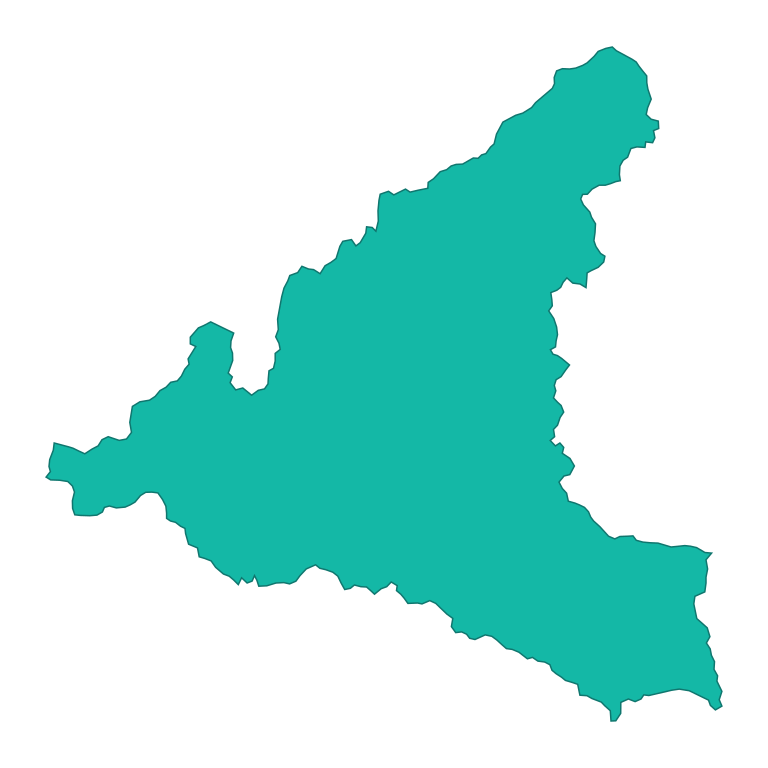 the district of Doutor Ulysses, Paraná, Brazil
{"feature_id": "56859067B94205410976610", "entity_name": "Doutor Ulysses", "entity_type": "district", "adm_level": 2, "iso_a3": "BRA", "parent_name": "Brazil", "parent_adm1": "Paraná", "projection": "robinson", "projection_center": [-49.391, -24.607], "detail": "fine", "context": "isolated", "style": "filled", "palette": "teal", "viewbox_px": 768, "rotation_deg": 0, "n_neighbors": 0, "source": "geoboundaries", "source_scale": "gbopen_adm2", "svg_char_len": 4766}
<svg xmlns="http://www.w3.org/2000/svg" viewBox="0 0 768 768"><path d="M646.7,75.9L642.8,71.1L638.9,66.1L636.2,62.0L632.3,59.4L616.3,50.7L612.3,47.0L605.8,48.4L598.2,51.4L594.1,56.4L587.1,62.9L582.7,65.4L575.7,68.1L569.5,69.0L562.4,68.7L556.6,70.9L554.2,77.5L554.5,83.7L552.3,88.4L535.6,102.6L531.6,107.6L522.8,113.1L515.6,115.3L502.9,122.1L496.5,134.1L494.1,143.9L490.5,147.1L485.9,153.6L481.6,154.9L478.1,158.3L473.3,158.0L462.6,164.1L456.1,164.4L451.1,166.0L446.6,169.7L440.2,171.7L433.5,178.8L428.2,182.4L427.8,188.3L418.2,190.2L410.1,192.1L405.5,189.1L393.8,194.9L388.5,191.3L380.2,194.2L379.0,200.2L378.0,210.8L378.3,221.1L375.9,231.2L372.2,227.5L366.6,226.8L365.8,233.2L360.2,242.7L355.9,245.9L351.5,239.6L342.8,241.3L339.9,246.3L336.1,258.5L330.9,262.4L325.1,265.7L320.1,273.7L313.6,269.6L308.5,269.0L301.9,266.3L297.7,272.6L289.8,275.5L287.8,280.9L284.0,288.1L281.7,296.8L277.6,319.2L278.3,329.7L275.7,336.8L279.0,343.3L280.2,349.4L275.2,353.4L275.2,361.1L273.5,368.3L269.0,370.8L268.3,378.4L268.0,383.9L264.5,388.9L258.3,390.3L251.6,395.2L246.6,391.1L242.8,388.0L235.7,389.9L230.1,382.7L232.3,376.9L228.2,373.1L232.7,360.5L232.5,353.1L230.6,347.6L231.0,340.9L233.7,333.1L210.7,321.9L203.7,325.6L198.4,327.9L190.3,337.2L190.3,343.9L195.8,346.5L188.1,358.9L189.1,364.2L184.8,369.2L181.4,376.1L177.3,380.9L170.7,382.3L166.1,387.2L160.0,390.6L155.2,396.4L149.5,400.2L139.9,401.8L132.4,406.4L129.8,422.4L131.5,432.4L126.5,439.0L119.2,440.4L108.2,436.7L102.0,439.7L98.1,445.9L92.0,449.1L84.8,453.8L78.3,450.8L73.0,448.2L68.8,446.9L54.2,443.0L53.3,450.2L49.7,459.6L49.0,466.5L50.4,471.6L46.1,477.1L50.7,479.9L59.5,480.2L67.8,481.5L72.4,486.0L74.5,492.0L72.4,500.7L72.6,508.4L74.8,514.8L80.3,515.4L89.8,515.7L97.0,515.1L102.4,512.0L104.4,507.4L109.4,506.0L116.3,507.9L125.1,507.1L130.1,504.9L135.0,502.1L140.5,495.5L145.7,492.3L151.8,492.1L157.9,492.9L162.6,499.6L165.9,506.2L166.6,513.2L166.6,518.4L170.5,521.0L175.5,522.3L180.5,526.2L185.0,528.4L185.6,533.6L188.6,544.2L197.5,547.9L199.2,556.8L204.6,558.4L211.1,560.9L215.6,567.3L223.4,574.0L229.2,576.2L233.7,580.0L238.3,584.6L241.6,577.8L247.1,583.0L252.1,581.1L254.5,575.6L256.9,580.3L258.8,586.2L266.8,585.8L276.0,583.0L283.9,582.6L289.6,583.9L295.9,581.2L300.0,575.6L306.3,568.9L315.6,564.8L319.9,568.3L325.8,569.7L332.8,572.2L337.8,576.1L341.1,583.0L344.7,589.5L350.4,588.3L354.4,585.0L360.9,586.7L366.6,587.0L371.0,590.9L374.5,594.2L381.2,588.7L386.7,586.7L391.2,582.0L397.2,585.6L396.5,590.6L400.8,594.2L404.1,598.1L407.9,603.4L417.5,603.0L422.0,603.9L429.8,600.6L435.8,603.4L440.3,607.8L447.0,614.2L452.8,618.4L451.4,626.6L455.7,632.6L461.6,631.9L466.6,634.2L469.7,638.3L475.0,639.5L485.2,634.9L491.8,636.3L496.7,639.9L502.3,645.0L506.4,648.6L512.2,649.4L518.9,652.2L527.4,658.8L532.5,657.4L537.9,661.1L544.6,662.0L549.9,664.7L552.0,670.3L556.1,673.7L561.4,677.1L565.4,680.4L572.1,682.4L577.7,684.3L579.9,695.2L587.0,695.7L591.9,698.5L601.3,702.1L604.7,705.7L610.3,710.7L611.0,721.0L615.8,720.8L620.7,713.4L620.8,702.4L628.4,699.0L635.1,701.6L641.0,699.0L643.8,694.9L648.9,695.5L671.8,690.2L679.2,689.1L689.2,690.7L708.5,700.1L710.4,705.4L715.4,709.9L721.9,706.1L719.2,699.7L721.9,691.4L716.9,681.1L717.6,675.8L714.0,669.4L714.5,661.6L711.4,655.3L710.2,648.9L706.4,643.0L709.9,636.7L707.2,627.8L696.8,618.6L693.8,603.9L694.9,596.3L704.8,591.9L706.0,583.0L706.0,577.2L707.6,569.0L706.0,559.8L711.6,553.1L704.9,552.5L696.6,547.6L690.4,546.2L684.8,545.6L679.2,546.2L671.1,547.0L658.0,543.1L650.6,542.8L642.9,542.1L636.3,540.3L633.0,535.9L628.0,536.2L619.9,536.5L614.8,538.9L608.5,536.2L600.0,526.8L593.6,521.0L590.7,517.1L588.5,511.8L584.5,507.4L579.4,504.9L575.0,503.1L568.3,501.2L566.6,493.2L562.3,488.5L559.0,482.1L564.0,476.0L569.8,474.6L574.4,466.0L570.0,458.5L562.3,453.3L563.7,447.4L559.9,443.0L555.4,445.9L550.2,440.5L554.6,436.7L553.5,429.4L557.5,425.2L560.1,417.5L563.7,412.1L561.1,405.5L557.5,402.2L553.5,397.9L555.8,390.8L554.3,385.5L556.1,379.7L561.1,376.6L565.9,369.7L569.5,365.0L561.6,358.4L557.5,355.6L553.0,354.2L550.4,349.7L555.5,346.9L556.1,340.9L557.5,334.7L556.6,327.0L553.8,318.6L548.7,310.9L552.3,305.8L551.8,299.5L550.8,292.6L556.9,290.2L560.7,287.3L563.1,282.3L566.9,277.9L572.8,283.1L580.0,284.0L586.0,287.6L586.7,279.2L587.1,272.9L591.0,270.7L598.2,267.3L603.7,262.0L604.9,256.2L600.6,253.5L595.9,246.5L593.9,240.7L595.0,232.6L595.5,223.8L591.5,217.2L589.8,212.1L583.4,204.9L580.7,199.0L582.6,194.4L587.4,194.2L592.1,189.1L599.1,185.2L605.3,185.2L610.6,183.6L615.8,181.6L620.3,180.7L619.4,174.7L619.9,166.0L623.2,160.2L627.6,157.2L630.9,148.5L636.9,146.9L645.0,147.4L645.7,141.9L652.6,142.7L654.9,137.8L653.5,130.6L658.7,128.5L658.3,121.1L651.1,119.2L646.2,114.5L647.6,107.8L651.2,99.1L647.9,89.2L646.8,82.8L646.7,75.9Z" fill="#14b8a6" stroke="#0f766e" stroke-width="1.5"/></svg>